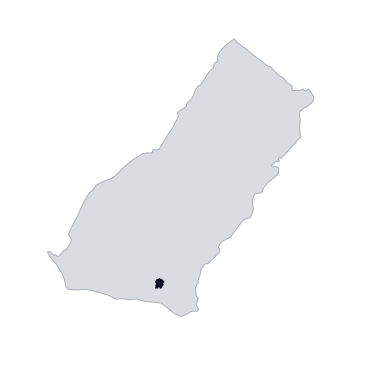 Okere, Eastern, Ghana shown in context, rotated 39°
{"feature_id": "2480657B59311092791004", "entity_name": "Okere", "entity_type": "district", "adm_level": 2, "iso_a3": "GHA", "parent_name": "Ghana", "parent_adm1": "Eastern", "projection": "equal_earth", "projection_center": [-0.101, 6.04], "detail": "fine", "context": "in_parent", "style": "filled", "palette": "ink", "viewbox_px": 384, "rotation_deg": 39, "n_neighbors": 0, "source": "geoboundaries", "source_scale": "gbopen_adm2", "svg_char_len": 4818}
<svg xmlns="http://www.w3.org/2000/svg" viewBox="0 0 384 384"><g transform="rotate(39 192 192)"><path d="M226.2,41.0L228.5,43.9L229.0,45.5L228.1,51.7L226.5,56.0L225.4,60.1L225.6,62.1L226.6,64.1L230.0,67.3L231.8,69.4L233.9,72.5L236.3,75.6L240.4,79.6L242.1,80.3L242.1,81.4L241.5,83.0L241.1,97.9L240.8,101.7L240.5,103.6L240.1,109.2L239.7,110.0L238.9,109.9L238.2,110.1L238.0,111.2L238.3,112.4L240.8,113.2L240.3,114.0L238.4,114.8L237.6,116.5L237.9,118.4L236.9,119.9L237.2,120.9L237.9,121.7L238.9,121.4L241.8,118.9L243.0,118.6L244.5,119.1L247.3,123.0L247.4,124.9L246.3,131.5L245.2,136.6L245.0,143.3L246.2,147.1L246.0,149.2L244.7,151.0L241.9,153.6L242.1,155.4L243.4,158.7L245.8,162.4L250.6,167.0L253.1,173.0L253.1,175.4L251.7,177.8L250.0,179.9L249.4,183.0L250.2,203.0L246.4,211.7L246.4,214.2L246.8,217.1L247.8,218.8L249.7,219.3L251.3,221.0L250.7,227.1L249.9,233.3L249.8,236.3L249.3,237.8L247.8,238.9L247.3,240.9L247.7,243.3L247.4,245.1L248.2,247.4L249.9,250.3L252.6,257.5L253.7,258.1L254.1,259.6L253.9,261.1L254.9,264.2L258.0,267.4L261.2,270.2L263.8,270.6L264.4,273.1L266.1,276.2L267.3,277.6L269.3,278.5L270.9,279.0L271.0,281.7L268.1,283.5L266.1,286.3L264.6,290.5L262.5,295.1L255.4,297.5L252.6,297.5L237.9,297.6L224.1,306.7L216.2,310.0L211.3,315.1L204.8,318.7L200.2,323.1L190.7,325.2L175.0,332.2L170.2,334.9L165.2,339.8L157.2,345.4L154.0,345.4L147.7,340.1L143.0,337.4L131.5,333.4L122.8,331.8L118.6,330.1L117.5,329.8L118.5,327.9L120.9,327.7L123.4,328.3L125.3,326.9L128.2,326.7L128.9,325.2L129.1,321.3L129.1,318.2L130.1,316.9L130.3,313.2L129.0,305.2L128.0,304.3L123.0,303.1L122.6,301.5L121.7,299.8L120.7,295.7L119.6,289.5L117.9,281.9L114.5,269.2L113.7,264.8L113.1,260.2L113.0,254.8L113.7,252.8L113.6,250.0L113.3,247.2L115.7,240.8L120.4,232.9L121.4,230.1L122.3,228.1L122.4,225.3L123.3,216.1L125.5,205.1L126.9,200.9L127.9,198.7L129.0,195.0L129.3,193.3L133.6,188.9L135.6,187.8L136.1,186.1L135.4,184.2L135.7,182.9L136.7,182.3L138.3,181.8L139.5,180.0L137.7,166.4L136.3,152.8L136.2,151.6L135.3,149.8L134.5,144.2L133.0,140.9L131.0,139.9L131.0,136.8L133.1,131.6L133.6,128.6L132.6,127.7L132.5,125.3L133.2,121.4L132.9,119.1L132.5,116.5L130.4,110.6L129.9,106.4L131.0,104.0L131.0,98.6L129.8,90.3L129.7,85.1L130.5,82.9L130.1,80.8L128.6,78.8L128.4,76.9L129.8,75.1L129.6,73.6L128.0,72.5L126.5,70.0L125.2,66.0L125.5,59.5L128.0,47.6L128.3,46.6L131.1,46.7L131.1,47.2L139.7,47.0L149.5,46.9L161.3,46.8L171.9,46.6L172.4,46.1L174.2,45.4L184.9,46.6L191.7,46.0L194.5,46.4L196.6,47.2L201.3,46.7L203.8,47.0L205.6,50.0L206.4,50.0L207.4,48.7L209.3,47.3L211.2,46.1L212.5,43.8L213.4,42.1L214.6,42.4L216.4,42.3L217.5,40.8L218.0,38.6L226.2,41.0Z" fill="#d9dde1" stroke="#a8b0b8" stroke-width="1"/><path d="M228.3,285.5L228.3,285.4L228.2,285.3L228.1,285.2L228.0,284.9L227.9,284.8L227.9,284.7L227.8,284.4L227.7,284.0L227.7,283.7L227.6,283.4L227.6,283.2L227.8,283.0L227.8,282.8L227.7,282.7L227.7,282.4L227.2,282.3L226.8,282.2L226.7,281.8L226.6,281.6L226.5,281.4L226.3,281.2L226.1,281.3L226.0,281.1L226.0,280.9L226.0,280.7L226.3,280.1L226.5,279.9L226.4,279.8L226.5,279.8L226.5,279.7L226.4,279.5L226.3,279.4L226.1,279.4L226.1,279.5L225.9,279.6L225.7,279.6L225.6,279.8L225.4,279.7L225.3,279.4L225.3,279.5L225.1,279.6L225.0,279.8L224.9,279.8L224.8,279.7L224.7,279.7L224.3,279.5L224.2,279.5L224.0,279.8L224.0,279.7L224.0,279.8L223.9,279.7L223.9,279.8L223.7,279.8L223.4,279.8L223.3,280.0L223.2,280.0L222.9,280.1L222.7,280.0L222.3,280.0L222.2,280.0L221.9,280.0L221.9,279.9L221.7,279.9L221.5,280.0L221.4,280.2L221.4,280.3L221.3,280.5L221.2,280.6L221.2,280.8L221.1,281.0L221.1,281.3L221.1,281.5L220.9,281.6L220.8,281.9L220.8,282.0L220.7,282.3L220.6,282.6L220.5,282.4L220.4,282.4L220.3,282.5L220.2,282.5L220.2,282.8L220.3,282.9L220.3,283.0L220.2,283.2L220.2,283.3L220.3,283.4L220.3,283.5L220.5,283.7L220.5,283.8L220.4,283.8L220.4,284.0L220.5,284.1L220.4,284.1L220.3,284.3L220.3,284.5L220.5,284.7L220.8,284.7L221.0,284.7L221.3,284.7L221.3,284.8L221.5,284.9L221.6,284.7L221.9,284.7L222.0,284.7L222.1,284.8L222.3,284.9L222.3,285.0L222.4,285.3L222.4,285.5L222.5,285.7L222.5,285.8L222.7,286.1L222.8,286.2L222.9,286.3L222.9,286.5L222.9,286.8L223.0,286.8L223.1,287.0L223.3,287.3L223.3,287.5L223.2,287.6L223.2,287.8L223.2,288.0L223.3,287.7L223.4,287.8L223.5,287.8L223.8,287.8L224.1,288.0L224.2,287.9L224.3,287.9L224.3,288.0L224.4,287.9L224.5,287.8L224.6,287.7L224.6,287.8L224.5,288.0L224.5,288.3L224.5,288.5L224.4,288.6L224.4,288.8L224.5,288.7L224.8,288.5L224.9,288.4L224.9,288.2L224.9,287.9L225.0,287.9L224.9,287.8L224.8,287.5L225.0,287.4L225.2,287.1L225.3,287.0L225.4,286.9L225.5,286.7L225.8,286.5L225.9,286.3L225.9,286.2L226.0,286.1L226.2,285.9L226.4,285.6L226.5,285.6L226.9,285.6L227.0,285.6L227.3,285.6L227.4,285.8L227.5,285.8L227.5,286.0L227.6,286.3L227.8,286.2L228.0,286.2L228.2,285.9L228.3,285.6L228.3,285.5Z" fill="#0f172a" stroke="#020617" stroke-width="1.5"/></g></svg>